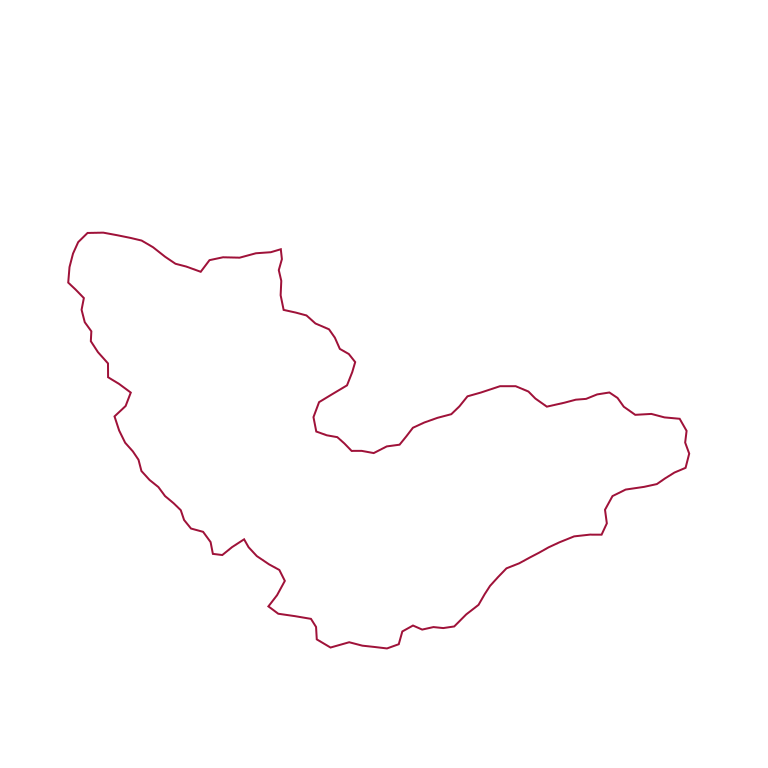 outline of Divinolândia de Minas, Minas Gerais, Brazil, rotated 248°
{"feature_id": "56859067B83999071532050", "entity_name": "Divinolândia de Minas", "entity_type": "district", "adm_level": 2, "iso_a3": "BRA", "parent_name": "Brazil", "parent_adm1": "Minas Gerais", "projection": "robinson", "projection_center": [-42.571, -18.8], "detail": "fine", "context": "isolated", "style": "outline", "palette": "rose", "viewbox_px": 768, "rotation_deg": 248, "n_neighbors": 0, "source": "geoboundaries", "source_scale": "gbopen_adm2", "svg_char_len": 2002}
<svg xmlns="http://www.w3.org/2000/svg" viewBox="0 0 768 768"><g transform="rotate(248 384 384)"><path d="M454.9,122.0L440.1,121.0L426.5,122.0L415.6,125.9L405.7,128.0L394.2,126.5L382.8,130.7L373.0,136.2L362.1,139.0L352.2,144.3L343.1,148.3L332.8,147.7L322.3,150.9L314.7,160.9L302.4,164.0L290.6,161.7L286.0,170.0L289.7,182.1L292.4,196.1L283.4,197.3L272.1,201.6L259.8,209.9L250.8,217.3L238.6,218.3L228.3,205.8L221.1,193.5L210.6,199.9L202.1,214.5L193.6,228.3L184.2,230.0L172.4,226.0L159.7,235.7L157.6,255.0L149.5,265.9L144.0,276.2L137.7,287.7L137.2,300.2L147.7,308.3L149.2,320.4L142.0,327.4L140.1,338.8L135.5,347.5L132.9,358.3L139.6,374.0L143.8,388.9L151.4,398.6L157.1,406.7L162.4,417.7L167.2,428.5L167.1,442.1L168.5,454.2L169.5,464.6L170.9,475.4L171.5,487.3L171.5,503.2L167.2,518.5L162.8,529.3L171.3,538.4L184.6,541.8L194.5,553.9L195.6,568.5L191.2,586.6L189.0,599.5L191.2,609.3L193.1,620.1L193.3,632.2L205.1,640.9L216.9,641.3L227.2,647.0L241.0,645.1L248.0,631.5L256.1,620.7L261.3,605.4L273.1,597.8L283.6,595.3L291.7,589.8L294.5,577.7L294.5,565.8L297.6,556.0L299.1,544.1L302.0,526.5L313.8,518.9L322.9,515.1L332.6,505.3L338.5,490.7L339.8,470.5L341.3,456.8L335.0,445.5L330.8,435.1L332.6,420.9L333.2,406.9L332.6,394.4L327.1,385.1L321.9,375.7L325.1,363.2L323.8,348.6L330.4,338.2L334.1,328.9L343.7,325.0L352.2,320.8L357.9,311.7L365.3,303.4L379.7,306.2L391.5,317.0L393.9,331.8L396.6,349.2L406.9,359.0L415.1,365.5L425.0,362.6L433.1,356.2L445.3,355.8L455.3,353.5L465.8,343.1L476.6,337.8L483.3,328.9L490.3,318.7L505.0,321.4L518.1,327.4L529.0,329.1L538.0,336.1L547.6,338.8L548.6,328.4L553.2,314.2L555.2,297.5L561.8,282.2L564.2,268.6L556.7,256.1L567.0,244.6L573.6,235.7L584.0,228.7L597.3,221.1L607.8,213.0L614.4,203.7L621.8,192.5L629.5,180.4L635.1,165.7L630.1,153.6L621.4,144.5L610.2,136.2L596.3,129.2L586.9,133.5L576.1,137.9L566.1,131.4L553.4,129.7L542.5,132.4L533.5,128.2L520.7,130.7L506.5,135.8L493.6,130.7L483.3,138.4L470.9,146.0L460.4,136.2L454.9,122.0Z" fill="none" stroke="#9f1239" stroke-width="2"/></g></svg>